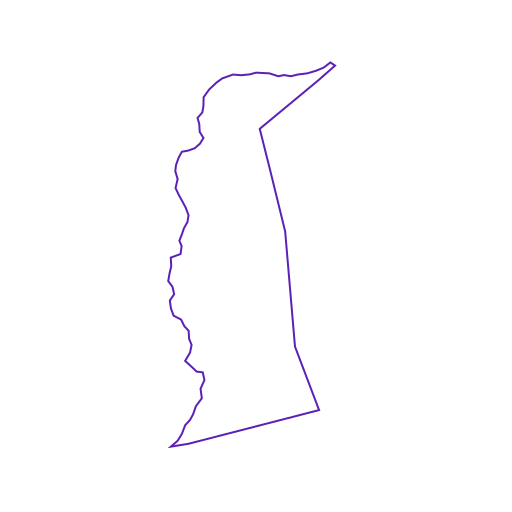 Pedra Branca, Paraíba, Brazil (Albers equal-area conic projection), rotated 195°
{"feature_id": "56859067B10838680132800", "entity_name": "Pedra Branca", "entity_type": "district", "adm_level": 2, "iso_a3": "BRA", "parent_name": "Brazil", "parent_adm1": "Paraíba", "projection": "albers", "projection_center": [-38.064, -7.465], "detail": "fine", "context": "isolated", "style": "outline", "palette": "violet", "viewbox_px": 512, "rotation_deg": 195, "n_neighbors": 0, "source": "geoboundaries", "source_scale": "gbopen_adm2", "svg_char_len": 1118}
<svg xmlns="http://www.w3.org/2000/svg" viewBox="0 0 512 512"><g transform="rotate(195 256 256)"><path d="M234.2,287.3L264.3,342.1L285.3,379.8L241.3,441.8L228.9,460.4L234.2,462.2L239.4,455.5L246.2,450.3L253.7,445.7L262.2,442.3L268.8,438.7L275.8,438.0L281.0,435.4L290.3,435.9L303.4,433.1L309.1,429.8L317.1,426.8L325.2,425.3L334.6,418.8L339.1,413.2L344.3,404.8L347.7,395.9L345.6,387.3L345.0,380.8L348.2,374.2L345.0,368.9L342.5,361.3L337.3,356.4L339.2,350.0L343.1,344.2L348.9,340.2L354.6,337.5L356.2,330.8L356.8,323.1L355.9,317.0L351.6,310.0L351.3,300.8L346.1,294.7L342.2,290.7L336.5,284.6L331.7,277.9L331.0,271.1L332.8,264.1L333.2,257.7L334.0,251.0L330.4,246.3L329.4,238.4L337.9,232.4L335.2,224.1L335.0,216.7L334.3,209.1L328.6,204.5L325.2,197.9L327.7,190.7L324.6,183.3L320.1,177.0L311.9,175.2L307.0,169.6L301.7,166.3L299.2,158.7L295.2,153.4L294.7,145.6L297.3,136.3L289.1,132.1L283.5,129.0L277.3,129.8L273.7,122.8L275.2,113.4L271.5,104.6L275.2,95.3L275.8,86.8L277.3,80.6L280.6,74.3L281.6,64.8L283.9,57.2L288.9,49.8L272.5,57.2L155.2,123.5L194.9,178.6L234.2,287.3Z" fill="none" stroke="#5b21b6" stroke-width="2"/></g></svg>